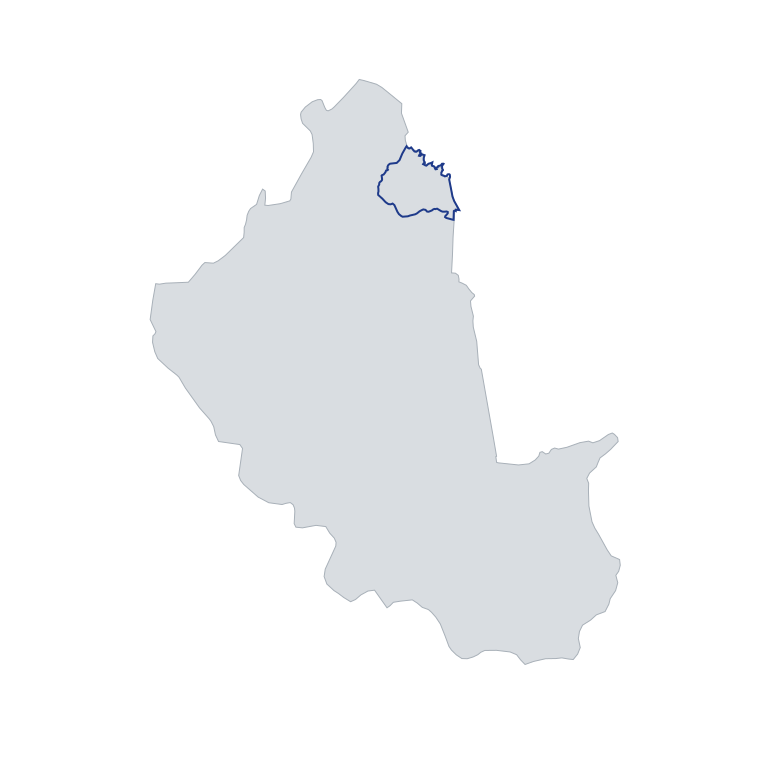 where Kompienga sits in Burkina Faso, rotated 260°
{"feature_id": "BFA-2183", "entity_name": "Kompienga", "entity_type": "Province", "adm_level": 1, "iso_a3": "BFA", "parent_name": "Burkina Faso", "parent_adm1": "", "projection": "orthographic", "projection_center": [0.977, 11.426], "detail": "fine", "context": "in_parent", "style": "outline", "palette": "blue", "viewbox_px": 768, "rotation_deg": 260, "n_neighbors": 0, "source": "natural_earth", "source_scale": "10m", "svg_char_len": 5493}
<svg xmlns="http://www.w3.org/2000/svg" viewBox="0 0 768 768"><g transform="rotate(260 384 384)"><path d="M574.0,483.6L554.2,484.4L547.0,486.6L542.6,486.6L542.5,484.8L542.0,483.7L517.0,477.6L499.5,473.9L481.7,469.8L480.7,473.6L478.1,476.0L474.3,476.1L471.6,475.5L469.8,478.4L466.9,482.2L462.8,484.1L458.7,486.4L456.4,488.4L454.8,488.5L450.8,483.6L445.4,483.1L435.3,483.8L430.7,482.5L424.5,481.8L409.9,482.7L386.5,480.5L382.7,481.5L381.7,482.4L358.5,482.4L333.1,482.4L311.8,482.4L293.2,482.3L293.1,481.5L287.2,481.3L286.5,482.9L280.9,502.4L280.2,513.0L282.9,519.7L286.1,523.9L289.6,525.7L289.9,528.1L287.0,531.1L287.2,534.3L290.5,537.5L291.3,540.9L289.6,544.5L289.9,553.1L292.2,566.7L292.2,575.5L289.8,579.5L290.8,586.4L295.3,596.2L296.1,600.3L294.4,602.2L290.6,604.7L286.7,604.6L282.3,598.6L280.3,595.9L276.7,589.9L273.7,583.9L269.6,581.2L265.5,578.7L260.6,571.0L255.8,567.3L250.7,568.3L243.3,566.8L228.3,564.6L212.2,564.9L205.4,566.6L198.8,569.2L181.9,575.0L175.3,577.9L170.2,585.5L164.5,585.2L158.8,582.6L155.3,579.1L147.7,579.7L140.3,576.2L133.3,569.5L128.1,567.2L121.5,562.2L119.8,553.1L115.7,546.6L112.0,537.6L106.3,533.5L99.6,531.2L90.4,531.5L84.4,527.8L79.8,522.5L81.1,518.0L83.4,511.6L83.8,505.5L85.4,495.5L84.8,483.0L83.3,474.2L88.5,470.7L94.4,467.6L98.2,461.7L102.2,448.5L104.1,437.0L103.0,432.8L101.1,429.3L99.7,424.3L99.0,418.3L100.1,413.0L104.7,408.2L110.3,404.2L114.3,402.4L124.8,400.5L137.9,397.8L145.5,394.5L151.0,391.1L154.2,388.5L157.4,382.9L162.5,378.7L166.5,374.4L167.3,362.2L167.4,355.3L164.6,351.4L163.1,348.1L182.6,338.9L182.9,332.2L180.3,324.6L176.7,318.5L175.4,313.3L180.8,307.2L185.7,302.7L189.2,298.9L196.9,293.0L204.8,291.6L211.9,294.0L232.8,308.4L236.4,309.3L240.8,308.3L246.5,304.7L253.7,301.9L256.6,292.5L256.5,278.7L258.3,272.4L262.1,271.3L274.2,274.1L277.4,274.3L280.9,273.5L283.5,271.1L283.5,266.6L283.0,262.7L287.1,249.9L294.5,240.4L309.3,228.5L313.8,226.1L319.1,225.0L345.1,233.5L349.4,231.5L356.1,211.1L363.1,209.2L371.6,208.9L377.2,207.2L380.1,205.8L392.5,198.2L414.5,187.7L426.3,183.3L428.7,181.6L437.1,174.1L448.4,165.6L455.5,163.9L465.3,163.3L471.5,164.8L473.2,167.2L475.2,168.5L488.1,164.9L506.5,170.8L522.4,176.6L521.3,180.2L521.2,186.6L519.8,196.8L518.2,209.0L524.7,216.9L532.6,225.4L534.7,228.7L532.6,237.0L534.1,242.0L538.2,250.1L545.3,260.5L552.6,271.2L557.6,272.6L562.4,273.5L565.4,275.4L569.6,277.2L573.9,278.5L577.6,280.8L580.0,283.1L583.0,289.7L591.3,294.0L597.0,298.3L594.7,300.5L587.5,299.6L580.8,297.7L579.9,300.9L579.6,313.0L580.7,323.0L582.3,324.4L589.1,326.2L605.3,339.3L619.9,351.6L624.9,354.9L633.0,356.1L642.1,356.5L646.0,355.4L654.8,349.1L659.5,348.4L663.8,348.6L666.1,349.6L670.4,354.6L674.4,362.3L675.5,368.0L675.2,371.0L673.8,372.2L666.6,373.7L663.5,374.8L662.7,376.5L663.8,380.3L665.3,382.8L673.2,393.8L684.7,408.7L688.2,412.5L686.3,417.0L680.5,428.7L676.2,433.6L657.0,450.2L647.6,448.2L627.8,451.6L624.8,447.8L620.2,447.3L614.5,448.0L612.4,449.5L611.8,451.1L609.7,453.4L606.1,459.9L603.2,461.6L599.7,462.6L595.4,462.5L592.9,463.3L592.9,466.6L592.1,469.4L589.2,470.8L587.9,474.0L588.2,477.1L586.5,478.5L582.7,477.8L580.5,476.9L578.4,480.9L575.9,483.7L574.0,483.6Z" fill="#d9dde1" stroke="#a8b0b8" stroke-width="1"/><path d="M614.2,447.5L613.3,447.8L612.3,448.6L611.6,449.5L611.5,450.2L612.3,451.8L611.0,452.6L609.3,453.4L607.7,454.4L607.1,455.9L607.5,457.2L608.3,458.3L608.4,459.3L607.1,460.4L606.5,459.8L606.0,459.6L605.4,459.8L604.9,460.4L604.4,459.6L603.5,458.6L602.7,458.1L602.3,459.1L602.5,459.7L603.2,460.5L603.4,461.2L603.3,461.8L602.3,463.7L599.8,462.4L598.5,462.1L597.1,462.0L596.4,462.2L596.0,462.4L595.6,462.6L594.9,462.6L595.0,462.2L594.4,461.3L593.7,460.7L592.9,461.9L592.1,462.7L591.7,463.7L593.2,466.1L593.5,468.7L593.9,470.1L593.1,469.8L591.5,469.1L590.7,469.1L590.4,469.5L589.8,470.9L589.4,471.2L586.9,471.8L586.5,472.0L586.5,473.1L586.8,473.0L587.3,472.6L588.0,472.8L588.1,473.1L588.0,474.1L588.0,474.4L588.3,474.6L589.0,474.9L589.3,475.8L589.3,476.7L589.4,477.6L589.9,478.4L590.8,479.3L590.7,480.6L590.5,480.9L589.9,480.4L589.3,479.6L589.1,479.2L588.4,479.0L586.0,478.7L585.7,478.8L584.9,479.2L584.4,479.2L584.2,479.1L583.8,478.3L583.6,478.1L583.2,478.0L582.8,477.6L582.3,477.2L580.6,476.9L580.2,476.8L579.9,477.0L579.4,477.7L578.9,478.6L578.3,479.6L578.0,479.8L577.9,480.6L578.0,481.4L578.2,482.2L578.8,482.5L579.3,482.9L579.4,483.8L579.2,484.7L578.8,485.1L577.5,485.1L576.4,485.0L574.1,483.7L564.1,483.9L556.7,484.0L551.9,484.9L542.2,488.3L543.2,485.0L541.9,484.7L542.2,484.3L542.3,484.0L542.4,483.7L542.5,483.4L542.4,483.1L542.3,482.9L542.2,482.8L533.6,481.0L533.8,480.4L536.7,474.2L537.8,473.1L538.8,473.6L539.7,474.9L541.0,476.4L542.3,476.7L543.0,475.7L543.2,473.5L543.6,471.5L544.5,470.1L547.4,466.8L547.4,465.9L547.3,465.1L547.7,463.9L547.3,462.5L546.6,461.3L545.9,457.9L546.3,456.4L548.3,455.1L549.1,453.0L548.7,451.4L547.9,449.0L546.3,446.1L545.7,444.2L545.4,438.7L545.0,436.7L545.5,431.4L546.4,430.2L548.7,428.2L551.3,427.1L558.4,425.3L560.2,423.8L559.8,421.8L560.4,419.6L562.3,417.6L563.3,416.8L566.6,414.7L571.2,411.1L573.0,411.3L574.6,412.0L577.2,412.4L579.3,412.5L580.2,413.1L581.2,413.9L582.7,414.2L583.6,415.0L584.1,416.2L585.0,417.3L586.0,417.7L588.5,417.8L589.6,417.8L590.1,418.5L590.3,419.9L591.2,421.0L592.3,422.2L593.4,422.8L593.9,423.2L593.9,424.5L594.3,425.1L595.2,424.7L596.0,424.8L596.5,425.2L597.4,425.2L598.6,426.0L599.3,426.9L599.9,428.2L599.5,434.9L601.8,438.2L607.7,442.0L613.2,446.5L614.1,447.4L614.2,447.5L614.2,447.5Z" fill="none" stroke="#1e3a8a" stroke-width="2"/></g></svg>